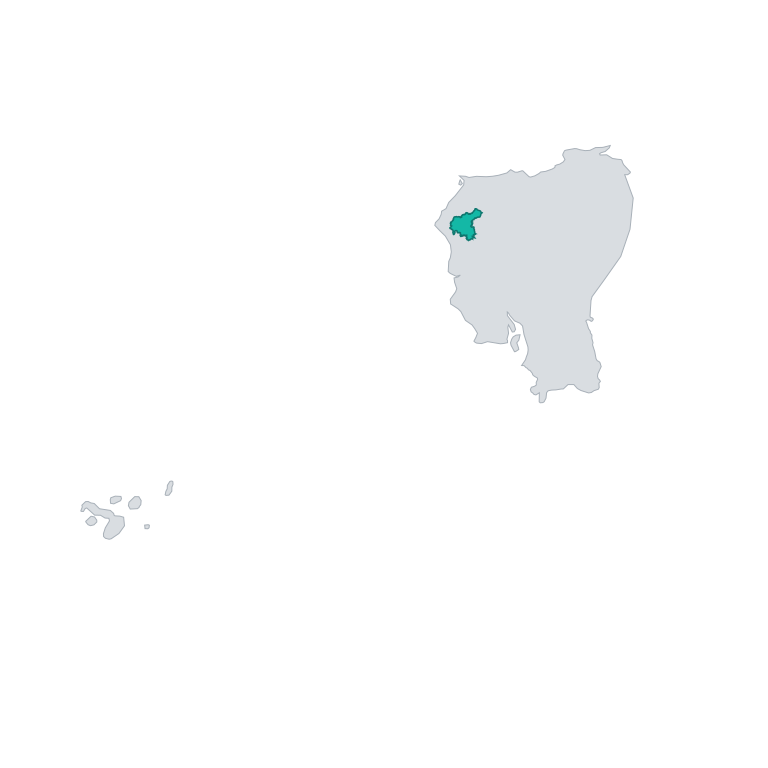 Quininde, Esmeraldas, Ecuador (highlighted), rotated 325°
{"feature_id": "8360857B19300187334866", "entity_name": "Quininde", "entity_type": "district", "adm_level": 2, "iso_a3": "ECU", "parent_name": "Ecuador", "parent_adm1": "Esmeraldas", "projection": "mercator", "projection_center": [-79.433, 0.315], "detail": "fine", "context": "in_parent", "style": "filled", "palette": "teal", "viewbox_px": 768, "rotation_deg": 325, "n_neighbors": 0, "source": "geoboundaries", "source_scale": "gbopen_adm2", "svg_char_len": 8666}
<svg xmlns="http://www.w3.org/2000/svg" viewBox="0 0 768 768"><g transform="rotate(325 384 384)"><path d="M706.1,318.4L703.9,319.8L698.5,320.4L694.3,319.0L692.6,319.0L692.4,320.4L697.9,324.0L700.5,330.3L704.5,334.1L706.9,336.1L707.1,337.4L706.3,340.0L706.1,342.1L707.4,351.7L706.5,352.3L703.6,352.3L701.2,350.6L694.8,374.6L674.3,398.3L651.1,415.3L624.2,425.0L604.5,431.8L601.4,434.4L591.8,446.4L591.3,447.6L592.6,449.6L592.7,450.9L591.3,451.7L590.1,451.8L589.5,451.2L589.1,449.8L587.8,448.3L586.2,447.9L585.4,448.2L585.3,449.6L583.3,456.0L583.2,459.2L582.4,460.4L582.4,463.2L580.4,465.8L578.9,470.1L577.3,471.5L575.2,478.3L572.2,484.9L572.0,487.2L572.9,488.8L573.2,490.2L571.9,494.3L565.0,498.3L563.2,500.3L562.5,502.5L562.9,504.4L562.7,506.0L560.5,506.6L558.2,510.4L556.5,511.2L552.2,509.9L549.0,509.9L546.5,508.7L541.6,502.3L539.8,498.6L539.2,493.4L534.4,490.0L528.1,490.9L526.2,489.7L521.6,487.5L517.6,485.0L514.6,483.7L512.3,484.3L508.6,488.5L505.0,490.4L503.4,490.3L501.2,489.0L500.9,487.6L506.2,480.3L502.2,480.1L500.9,478.6L500.7,476.7L500.0,474.8L500.8,472.4L502.9,471.2L506.0,472.2L508.2,472.2L509.6,470.0L512.5,468.3L513.1,467.2L511.5,463.6L511.1,461.7L511.6,460.6L511.4,456.7L510.5,455.3L510.4,453.2L509.7,452.0L509.3,449.3L507.3,447.8L513.8,445.3L516.2,443.4L519.1,441.5L521.6,438.8L523.2,436.1L527.1,423.7L530.8,415.9L530.2,412.2L527.1,407.1L526.4,399.7L526.7,397.4L526.3,395.7L524.3,398.8L524.8,409.8L523.1,414.7L520.6,415.9L518.9,415.0L519.9,407.0L518.0,408.5L515.1,413.9L510.3,417.9L510.1,419.3L508.9,421.0L505.2,419.4L502.4,417.8L493.1,408.7L487.0,406.8L483.4,403.7L482.6,402.3L482.2,400.5L485.9,398.6L489.7,396.1L490.1,390.5L490.0,386.1L487.2,378.6L488.5,368.7L487.8,364.9L484.5,356.7L486.9,352.6L495.5,349.6L498.3,347.6L500.2,341.1L502.2,337.3L506.0,338.8L509.0,338.6L504.9,337.2L501.7,331.4L501.1,328.7L507.4,320.7L510.8,318.6L514.9,314.4L518.3,308.0L519.1,298.0L517.7,290.8L516.6,283.2L518.7,281.3L523.9,280.3L528.2,277.8L530.3,275.5L535.4,275.9L541.2,272.4L550.5,270.6L563.5,266.6L566.4,263.1L565.1,256.8L569.9,260.6L572.1,263.6L578.8,266.9L586.7,272.9L591.9,276.0L597.5,278.7L605.7,281.6L610.7,281.1L612.8,285.6L614.7,287.0L619.4,288.5L620.0,289.1L621.7,297.4L622.8,298.6L626.9,300.0L631.9,300.5L633.9,300.2L638.3,302.5L645.1,304.4L647.6,304.6L648.7,304.3L649.1,303.4L651.1,303.6L654.1,304.7L658.3,304.9L661.0,303.9L661.6,299.2L662.5,298.2L665.6,296.5L667.2,296.8L675.2,300.5L676.8,301.8L678.8,304.4L682.6,308.2L686.7,310.7L692.9,311.7L699.0,315.7L706.1,318.4ZM75.6,313.2L78.1,315.7L79.4,323.0L87.3,330.6L88.3,334.9L87.6,336.9L88.0,337.7L91.8,340.7L94.3,343.8L90.1,351.3L81.2,354.4L71.7,354.3L69.8,353.5L67.3,350.6L66.8,348.1L68.3,345.7L73.2,342.0L80.6,338.7L81.6,336.2L78.6,333.8L76.5,328.9L71.8,325.5L69.4,315.1L67.9,314.6L64.7,316.0L63.1,314.8L62.8,314.1L66.3,311.7L67.0,310.0L72.1,309.2L74.3,310.6L75.6,313.2ZM112.6,344.6L110.5,344.7L104.4,340.9L104.8,337.1L107.3,334.6L115.2,333.3L118.5,335.7L118.2,340.2L115.5,343.4L113.3,344.0L112.6,344.6ZM514.9,431.5L514.2,433.0L510.4,432.9L509.4,432.4L510.3,425.1L511.3,422.8L514.4,420.5L516.9,419.5L520.2,419.7L523.7,421.7L519.6,425.4L516.4,426.4L514.9,431.5ZM69.6,332.3L65.6,333.0L62.3,331.7L60.9,329.6L60.6,326.4L60.9,325.4L68.2,324.3L70.6,326.9L70.6,330.8L69.6,332.3ZM148.7,350.1L144.1,351.7L141.5,350.2L141.2,349.2L143.8,346.8L146.3,345.5L148.5,342.7L152.7,341.0L153.9,341.4L154.7,342.0L155.0,342.9L153.6,345.2L151.1,346.8L148.7,350.1ZM103.2,327.3L101.3,328.5L93.9,327.2L91.6,324.9L93.4,321.8L95.0,320.5L99.5,321.7L104.0,325.2L103.2,327.3ZM109.1,367.0L107.5,367.1L105.3,365.4L107.0,362.3L110.1,364.0L110.8,365.1L109.1,367.0ZM563.1,264.8L560.9,265.1L559.9,263.2L562.6,261.0L563.5,260.5L563.1,264.8Z" fill="#d9dde1" stroke="#a8b0b8" stroke-width="1"/><path d="M535.7,315.0L535.8,315.1L535.9,315.4L535.9,315.0L536.5,315.0L536.7,314.9L536.8,314.9L536.9,315.1L537.0,315.0L537.8,315.2L538.2,315.1L538.4,315.2L538.5,315.1L539.0,315.3L539.1,315.2L539.3,315.5L539.3,315.4L539.3,315.2L540.7,315.4L540.8,315.3L541.1,315.5L541.3,315.7L541.5,315.6L541.8,315.7L542.1,316.1L542.1,315.6L542.4,315.5L542.5,315.3L542.4,315.4L542.1,315.4L541.9,315.4L542.0,315.3L541.9,315.1L541.8,314.9L541.7,314.8L541.6,314.5L541.4,314.3L541.3,314.0L541.6,314.2L542.0,314.0L542.3,314.0L542.5,313.9L542.8,314.0L542.9,313.8L542.8,313.7L542.7,313.7L542.8,313.6L542.7,313.6L542.6,313.3L542.7,313.2L542.8,313.3L542.9,313.2L543.2,313.5L543.7,313.6L543.5,313.3L543.5,313.1L544.1,313.1L544.9,313.2L545.1,313.3L544.9,312.9L545.1,312.5L545.1,312.1L545.3,311.7L545.6,311.5L545.6,311.1L545.8,310.6L545.8,310.3L546.2,309.9L546.3,309.9L546.5,309.7L546.6,309.1L546.5,308.9L546.6,308.5L546.7,308.3L546.7,308.0L546.9,307.9L547.2,307.9L547.4,307.6L547.6,307.1L547.3,306.8L547.2,306.5L546.7,306.4L546.6,306.1L546.2,306.0L545.8,305.9L545.7,305.4L545.5,305.1L545.6,304.5L545.9,304.4L546.1,304.3L546.4,304.3L546.5,304.2L546.7,304.3L546.7,304.1L547.0,304.1L547.2,303.8L547.4,303.9L547.5,303.9L547.8,303.9L547.8,303.7L547.7,303.8L547.7,303.7L547.9,303.6L548.0,303.2L548.0,303.3L548.0,303.1L548.2,302.9L548.3,302.8L548.5,302.9L548.5,302.7L548.7,302.8L548.8,302.8L548.7,302.6L548.8,302.6L548.8,301.8L548.9,301.7L548.8,301.4L549.0,301.2L548.7,301.1L548.8,300.9L549.4,300.7L549.5,300.7L549.6,300.8L549.6,300.7L549.8,300.7L549.9,300.8L550.0,300.8L550.1,300.7L550.4,300.8L550.8,300.6L551.2,300.5L551.4,300.5L551.5,300.5L552.0,300.8L552.1,300.6L552.3,300.6L552.5,300.5L553.2,300.4L553.8,300.7L554.0,300.6L554.4,300.8L554.4,300.7L554.5,300.8L554.8,300.9L555.0,301.0L555.3,300.9L555.5,301.0L555.9,300.9L556.2,301.0L556.4,301.0L556.8,301.4L557.3,301.5L557.7,301.9L558.1,302.1L558.4,302.1L558.6,302.1L558.8,301.9L559.1,301.7L559.7,301.4L560.1,301.1L560.4,300.7L561.4,300.1L562.0,300.0L562.3,300.1L562.6,300.0L562.0,298.9L562.0,298.5L562.2,297.9L562.1,297.4L560.5,295.2L560.3,294.7L560.3,294.3L560.4,294.0L560.1,293.5L559.8,293.2L559.3,292.8L558.7,292.9L558.5,293.4L557.9,293.7L557.3,293.8L557.1,293.7L556.9,293.7L556.5,294.0L555.3,294.3L554.8,294.3L554.2,294.7L553.6,294.2L553.4,294.1L552.8,294.2L552.3,294.5L551.8,294.2L552.0,293.9L551.9,293.6L551.4,293.6L551.1,293.7L550.8,293.6L550.7,293.5L550.7,292.9L550.5,292.7L550.7,292.3L550.7,292.1L550.5,291.9L550.4,291.5L550.1,291.2L549.7,290.9L549.3,290.8L549.1,291.2L549.0,291.3L548.5,291.3L548.3,291.1L548.2,291.1L547.8,291.3L547.6,291.6L547.3,291.6L546.9,291.3L546.3,290.7L546.2,290.7L546.0,290.8L545.7,290.7L545.2,290.8L545.1,290.5L544.9,290.6L544.7,290.8L544.4,290.7L543.9,290.8L543.8,291.0L543.5,291.1L543.5,291.4L543.3,291.6L543.2,291.8L542.5,291.4L542.2,291.6L541.9,291.4L542.0,290.8L542.0,290.5L541.7,290.4L541.3,289.8L541.1,289.7L540.5,289.6L539.7,289.0L539.5,288.5L539.0,288.3L538.4,288.0L538.2,288.0L537.9,287.7L537.4,287.5L537.2,287.6L536.8,287.7L536.5,288.0L536.3,288.0L536.1,288.1L535.7,288.3L535.6,288.5L535.4,288.6L535.4,288.8L535.3,289.1L535.0,289.2L534.8,289.4L534.3,289.3L533.8,289.7L533.1,289.7L532.1,290.1L532.1,289.9L531.8,289.8L531.6,289.9L531.4,289.8L531.1,290.2L530.9,290.2L530.6,290.5L530.7,290.9L530.7,291.0L530.4,291.0L530.4,291.4L529.5,292.2L529.5,292.3L529.7,292.6L529.9,292.8L529.9,293.3L530.0,293.4L529.8,293.5L529.5,293.5L529.3,293.6L528.4,293.8L527.8,293.7L527.4,294.1L527.4,294.3L527.6,294.3L527.8,294.4L527.7,294.9L527.9,295.2L528.0,295.5L527.9,295.7L527.9,296.0L528.0,296.2L528.4,296.2L528.6,297.0L528.6,297.6L528.5,298.2L528.2,298.7L528.0,298.9L527.7,298.9L527.4,299.3L527.2,299.7L527.2,300.1L526.8,300.8L526.7,301.4L527.0,301.6L527.6,301.5L527.7,301.3L528.2,301.0L528.8,300.9L529.1,300.5L529.3,299.7L529.5,299.5L530.2,299.4L530.7,299.5L531.0,299.6L531.3,299.9L531.7,300.7L531.6,300.9L531.2,301.2L531.1,301.4L531.1,301.7L531.3,302.1L531.1,302.3L531.2,302.6L531.6,302.8L532.0,302.8L532.2,303.1L532.4,303.2L532.5,303.4L532.9,303.3L533.3,303.8L533.3,304.1L533.0,304.4L532.9,304.4L532.9,304.6L532.7,305.0L532.4,305.3L532.5,305.3L532.6,305.6L532.4,305.7L532.1,305.5L531.8,305.8L531.7,306.1L531.6,306.3L531.7,306.5L531.5,307.0L531.8,307.1L532.0,307.0L531.9,307.1L532.2,307.2L532.2,307.5L532.4,307.6L532.5,307.5L532.9,307.7L533.0,307.5L533.1,307.3L533.3,307.3L533.3,307.1L533.7,307.4L533.6,307.5L533.6,307.8L533.9,307.9L533.8,308.0L533.7,308.0L533.9,308.4L533.9,308.5L534.0,308.1L534.3,308.2L534.9,307.9L534.9,308.1L535.1,308.3L535.2,308.6L535.4,308.7L535.2,308.9L535.5,308.8L535.5,309.1L535.8,309.0L536.0,309.4L536.6,309.5L536.9,309.4L537.1,309.6L536.7,309.9L536.6,310.1L536.4,310.3L536.2,310.8L535.8,310.9L535.7,311.2L536.0,311.6L535.8,311.8L535.7,311.8L535.1,311.9L535.2,312.1L535.0,312.4L534.9,312.8L535.3,312.8L535.2,313.2L534.9,313.4L535.0,313.6L535.4,313.7L535.4,314.5L535.6,314.4L535.6,314.6L535.8,314.9L535.7,315.0Z" fill="#14b8a6" stroke="#0f766e" stroke-width="1.5"/></g></svg>